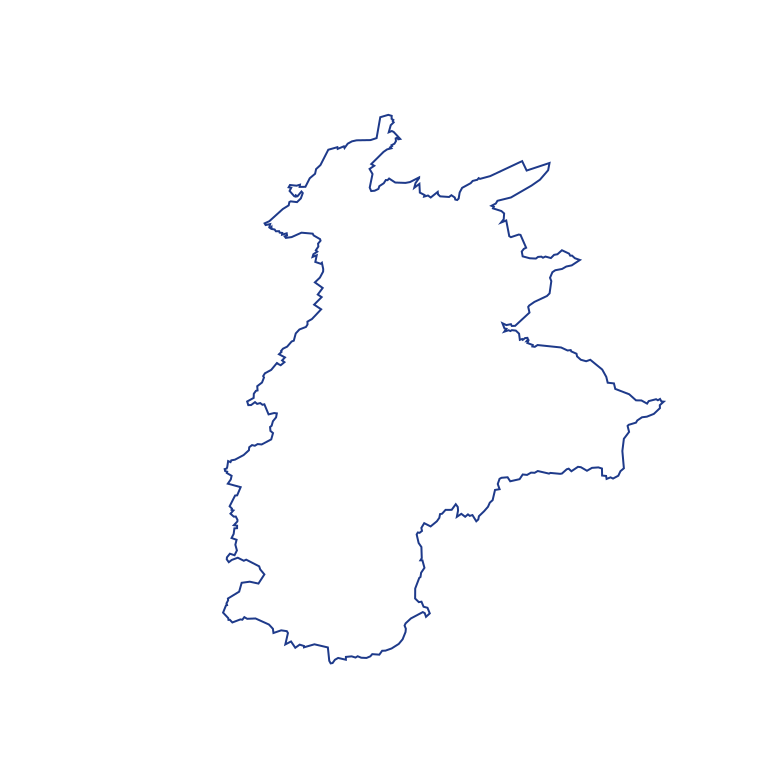 Zacatlán, Puebla, Mexico (Equal Earth projection), rotated 59°
{"feature_id": "50627088B88871832533986", "entity_name": "Zacatlán", "entity_type": "district", "adm_level": 2, "iso_a3": "MEX", "parent_name": "Mexico", "parent_adm1": "Puebla", "projection": "equal_earth", "projection_center": [-98.008, 19.961], "detail": "fine", "context": "isolated", "style": "outline", "palette": "blue", "viewbox_px": 768, "rotation_deg": 59, "n_neighbors": 0, "source": "geoboundaries", "source_scale": "gbopen_adm2", "svg_char_len": 6153}
<svg xmlns="http://www.w3.org/2000/svg" viewBox="0 0 768 768"><g transform="rotate(59 384 384)"><path d="M165.0,362.1L166.3,364.4L168.0,362.5L169.9,365.5L176.8,364.2L177.9,363.2L176.9,362.4L178.5,361.4L176.5,355.6L178.5,355.3L182.1,359.7L183.3,364.9L179.4,369.9L179.3,371.4L181.8,373.7L181.9,380.6L185.4,398.5L184.8,403.6L186.8,403.6L188.3,399.2L190.7,401.7L192.0,401.1L191.5,399.6L193.2,400.5L195.2,398.2L197.4,398.0L199.0,395.2L200.5,395.5L202.1,393.4L203.5,394.5L204.7,389.8L206.7,390.6L206.3,393.1L208.2,392.9L210.5,387.5L211.8,376.8L218.4,367.7L220.4,367.8L226.9,364.2L228.5,364.6L229.7,368.2L232.4,369.5L234.3,373.6L236.2,373.0L236.4,377.7L238.3,379.8L239.0,375.4L244.0,380.0L248.4,376.3L248.1,374.8L254.2,376.9L256.3,378.3L259.8,384.2L261.3,390.9L270.1,387.1L273.2,394.7L277.4,392.7L280.0,403.0L287.6,399.4L291.2,412.3L291.1,417.5L293.6,418.9L294.9,421.5L293.7,428.4L295.2,433.6L300.4,439.0L300.0,441.3L302.1,447.8L301.7,452.4L302.7,455.3L303.7,455.3L304.4,458.7L310.2,455.2L311.3,459.2L314.0,458.1L314.7,462.9L311.4,465.0L310.6,464.2L313.8,473.4L313.5,480.6L315.0,483.5L316.6,483.5L319.9,487.8L320.6,493.8L324.4,495.7L323.9,497.3L325.3,500.6L328.8,502.9L328.5,510.3L332.2,511.2L333.6,508.8L333.1,503.9L335.7,503.0L336.6,499.9L339.2,498.9L339.8,497.0L350.6,498.6L352.3,493.1L354.0,491.0L357.0,493.7L358.7,498.4L361.9,501.8L362.2,503.8L365.7,505.5L368.9,504.4L373.4,509.2L372.8,520.0L370.4,523.3L370.4,526.5L368.4,528.6L368.8,532.1L371.2,533.9L372.6,541.0L372.1,550.7L370.8,554.2L371.9,555.8L369.8,557.3L374.5,561.2L375.4,562.4L374.9,564.4L376.8,565.0L378.4,563.6L379.3,564.6L384.2,561.9L386.9,564.5L389.0,569.2L398.6,560.0L403.8,567.2L402.9,569.1L409.3,579.3L412.5,578.5L413.4,579.5L414.8,578.2L416.1,582.4L420.3,581.1L421.3,579.3L425.1,579.6L426.3,580.5L427.7,585.4L429.8,582.9L431.9,584.2L430.7,586.6L435.1,590.1L437.5,594.0L441.6,590.6L445.2,594.2L450.9,595.8L453.8,600.3L450.1,603.5L451.7,607.9L453.3,609.1L456.8,608.8L456.4,605.1L457.6,598.8L463.3,595.2L463.6,592.6L476.0,584.9L479.2,585.6L485.6,584.6L490.4,594.4L484.3,600.9L481.1,608.4L487.4,615.1L487.5,628.3L489.1,629.0L490.9,632.0L492.7,632.4L492.4,633.5L497.1,639.7L504.4,638.1L506.1,638.8L506.7,637.6L510.3,636.8L511.8,628.4L513.1,626.8L511.9,623.8L514.8,622.2L518.8,614.9L530.9,606.5L536.6,605.3L540.5,607.0L542.2,599.0L545.8,594.6L548.0,594.6L556.4,602.7L556.8,596.3L564.4,595.9L564.0,590.5L567.4,587.5L568.5,588.2L571.3,577.7L580.9,567.8L593.1,573.5L596.0,573.6L596.7,571.8L595.1,568.1L595.2,564.4L600.7,558.7L598.3,557.2L600.8,552.0L603.8,549.3L603.8,546.8L606.9,544.5L609.8,540.1L610.4,536.0L609.5,533.2L613.6,527.4L611.7,523.0L613.3,520.1L614.6,513.7L614.4,505.2L612.4,499.5L607.7,493.3L605.0,491.3L601.7,490.8L600.3,488.8L598.8,481.7L599.5,468.2L601.4,467.1L605.2,467.9L604.2,462.9L598.2,462.0L595.3,464.8L589.9,464.0L588.9,466.5L583.9,467.8L575.4,462.6L568.4,453.7L568.2,452.1L564.9,449.4L562.4,444.0L555.0,441.9L553.9,443.6L552.7,441.3L543.0,435.9L538.1,436.2L529.8,433.5L528.7,431.5L529.9,430.1L529.5,427.1L526.6,426.1L524.0,421.2L530.1,417.4L528.9,409.4L527.2,405.5L524.4,403.0L525.1,401.0L523.6,396.1L526.7,390.8L524.0,384.4L527.4,384.1L530.6,385.7L535.4,390.0L535.1,384.6L539.6,382.8L539.0,379.2L541.2,378.4L541.9,375.7L549.2,375.6L548.7,373.0L546.2,370.7L544.6,363.7L542.8,358.1L540.2,354.4L539.5,350.7L532.0,343.4L533.7,339.1L528.3,338.0L524.8,333.8L524.9,331.6L527.6,326.1L532.4,325.9L535.4,316.8L533.0,311.7L535.6,308.2L535.7,303.6L537.7,300.6L537.8,297.0L545.8,288.7L545.9,287.2L551.7,279.3L552.4,277.6L551.2,271.3L551.7,269.3L555.3,268.3L554.9,260.4L556.7,258.1L562.9,254.7L563.0,248.9L565.9,243.2L568.7,240.7L574.8,244.2L577.2,241.0L580.0,242.1L580.7,237.9L583.0,236.4L583.3,230.4L580.5,226.2L579.8,221.8L564.2,214.2L554.5,206.6L551.3,198.6L545.4,196.8L545.0,195.3L546.9,187.9L545.7,185.7L545.4,180.0L547.4,175.5L548.6,168.1L546.8,159.9L544.2,158.5L543.2,153.3L541.8,155.2L539.0,155.1L539.0,157.6L537.2,158.6L535.0,165.9L536.3,168.6L530.7,171.8L527.8,176.4L519.1,179.1L507.3,188.3L501.9,186.6L498.1,191.6L492.4,189.8L484.0,189.5L469.5,194.7L468.6,199.0L464.6,202.8L459.8,204.3L457.2,203.4L452.5,206.7L451.1,206.5L449.8,209.4L443.9,213.4L429.7,232.3L429.8,235.6L428.2,237.5L427.2,236.4L422.7,240.0L421.3,238.1L420.7,239.6L419.9,237.6L418.3,237.3L417.3,239.4L417.6,242.3L416.6,242.4L416.1,244.8L410.4,242.3L406.1,243.5L403.7,246.7L403.7,248.4L402.1,249.5L401.1,253.9L399.7,250.7L398.4,252.1L392.9,251.2L396.5,248.8L398.1,244.4L400.0,244.6L401.7,241.7L397.7,222.5L392.2,220.7L391.5,219.1L391.1,212.7L392.5,199.0L391.6,195.4L382.0,187.6L378.5,187.0L374.9,182.1L374.7,178.6L377.1,172.1L377.2,167.2L379.0,162.0L378.6,152.2L374.5,155.6L370.8,156.7L369.9,158.3L367.6,158.2L361.0,162.6L362.1,168.5L360.9,171.7L362.0,176.1L357.9,180.0L357.6,182.7L355.9,183.5L354.4,186.5L354.7,189.2L351.3,194.3L346.0,199.4L341.4,197.7L340.2,194.6L340.4,192.0L326.5,190.2L325.3,191.5L323.5,199.6L321.8,200.5L306.8,195.0L305.9,200.5L304.4,196.5L299.7,193.2L296.2,194.3L289.6,200.1L288.7,198.6L286.6,200.1L286.9,195.2L285.4,192.4L289.5,179.1L289.9,155.4L289.2,145.1L285.3,133.2L279.8,128.3L274.5,151.8L264.1,150.8L260.5,185.9L257.6,196.1L256.3,196.8L257.0,198.8L255.6,203.4L256.5,206.3L256.1,216.0L258.8,220.5L263.5,224.5L264.0,226.5L262.6,227.9L260.6,227.3L256.9,229.0L257.2,231.9L252.1,239.2L249.3,240.0L247.0,239.0L248.2,247.9L245.1,249.2L244.0,253.1L242.9,251.9L238.4,254.7L230.7,250.6L231.4,257.0L228.0,253.5L225.6,247.9L225.0,247.5L224.3,257.7L222.7,262.0L217.1,270.6L210.5,273.8L211.1,276.0L210.1,277.4L211.8,280.8L212.0,286.1L213.9,288.3L213.5,292.5L212.0,295.6L208.3,295.1L198.1,285.7L192.2,285.6L191.9,280.0L188.9,281.6L184.8,264.9L184.5,260.5L185.7,256.4L184.3,256.8L184.3,254.6L183.2,254.6L183.4,251.3L182.0,248.7L179.5,247.5L179.6,245.8L181.6,245.8L182.3,243.9L172.9,245.9L171.2,247.0L170.7,250.3L165.6,244.9L164.7,240.9L163.0,241.1L162.5,240.0L160.6,240.9L158.1,239.3L155.5,241.7L153.4,249.8L169.4,263.7L168.0,269.9L161.0,282.0L159.5,286.5L159.3,291.3L161.4,296.3L159.6,296.0L158.6,302.6L157.0,302.0L154.5,311.1L163.6,325.7L164.8,331.5L168.3,334.8L169.4,341.7L174.5,349.8L171.6,354.8L169.9,353.4L169.0,356.8L165.0,362.1Z" fill="none" stroke="#1e3a8a" stroke-width="2"/></g></svg>